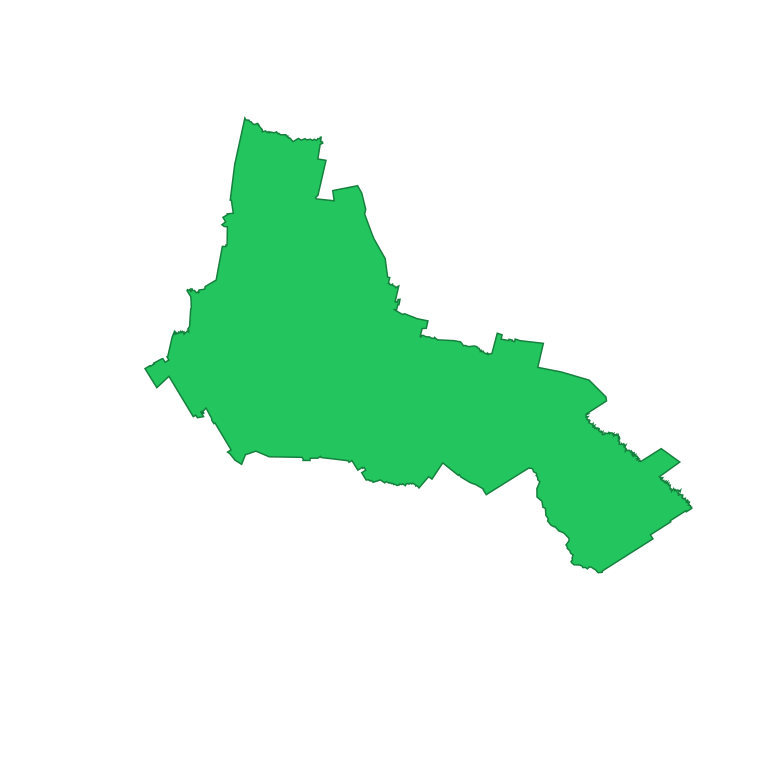 Warren, New South Wales, Australia, rotated 140°
{"feature_id": "25037944B92926148840872", "entity_name": "Warren", "entity_type": "district", "adm_level": 2, "iso_a3": "AUS", "parent_name": "Australia", "parent_adm1": "New South Wales", "projection": "albers", "projection_center": [147.59, -31.296], "detail": "fine", "context": "isolated", "style": "filled", "palette": "green", "viewbox_px": 768, "rotation_deg": 140, "n_neighbors": 0, "source": "geoboundaries", "source_scale": "gbopen_adm2", "svg_char_len": 6139}
<svg xmlns="http://www.w3.org/2000/svg" viewBox="0 0 768 768"><g transform="rotate(140 384 384)"><path d="M273.5,613.5L274.2,614.0L275.5,613.2L277.0,614.5L279.0,613.9L280.1,616.3L282.0,616.4L283.1,618.9L286.3,620.6L286.8,622.7L290.7,624.0L291.7,627.1L298.0,628.2L297.9,632.6L298.9,633.3L298.5,634.1L299.1,634.8L298.3,635.8L299.6,637.0L298.9,638.0L303.0,641.3L303.4,643.6L304.5,644.0L304.2,646.2L306.8,647.1L308.9,649.9L309.7,649.9L309.9,651.0L310.6,650.5L310.9,651.7L311.7,651.7L312.1,654.0L315.1,655.5L313.7,657.2L313.9,661.3L313.2,663.5L313.8,663.4L313.6,665.1L316.3,665.8L317.4,668.0L317.2,670.0L318.2,671.6L317.8,672.8L320.1,675.1L319.7,677.1L357.4,648.0L383.6,623.7L382.8,622.9L389.7,611.7L394.7,615.0L394.8,614.3L400.3,615.2L401.1,610.0L405.8,610.2L405.2,607.5L403.0,605.0L414.9,591.3L415.8,592.1L416.8,591.0L419.4,593.3L445.8,571.5L458.3,573.6L460.4,571.9L465.3,574.9L466.3,574.5L466.7,573.2L467.7,573.1L467.9,574.4L469.2,574.7L469.0,577.4L470.6,578.8L469.6,580.8L471.5,579.1L472.6,579.1L471.5,581.2L473.0,581.0L473.9,582.6L474.9,582.1L475.9,575.1L479.0,570.8L483.1,565.7L483.8,565.8L496.0,553.0L499.0,552.2L498.6,551.5L500.2,549.4L500.5,551.0L504.9,550.7L503.9,552.2L505.6,552.2L504.3,552.8L504.7,554.1L506.3,553.8L506.0,555.1L508.2,554.8L508.1,555.8L509.4,555.3L512.8,556.8L511.5,557.7L510.2,556.7L510.5,559.1L516.4,555.9L531.8,544.2L532.8,544.4L533.4,540.6L537.7,541.4L537.1,545.6L538.4,546.2L547.1,548.0L547.1,547.1L551.6,547.7L551.5,548.5L557.2,549.4L560.4,527.2L543.8,528.1L551.1,481.6L548.2,481.1L548.6,478.1L543.2,475.0L542.4,480.3L541.3,480.1L542.3,477.7L540.7,477.5L540.4,479.4L535.8,479.9L538.1,468.6L539.2,466.9L539.8,463.0L538.5,462.8L543.5,431.8L547.6,432.4L546.9,429.7L547.1,421.5L544.7,414.0L535.6,418.9L525.3,414.9L518.7,402.0L493.9,380.5L494.2,378.0L495.1,377.5L489.9,373.0L488.2,374.6L482.4,369.7L479.3,369.4L479.5,368.2L460.9,348.4L461.1,346.5L457.8,346.0L459.4,334.8L454.4,334.1L454.5,333.1L452.9,332.8L453.4,329.7L458.1,330.4L459.4,321.9L457.6,320.8L457.0,318.7L455.8,318.3L455.5,315.7L448.4,312.8L447.0,307.8L445.0,307.8L443.8,304.8L442.7,304.6L442.3,302.9L440.9,302.0L441.2,300.8L439.9,299.9L439.2,297.8L437.2,296.9L436.5,297.4L434.9,295.5L433.9,295.6L433.0,292.4L430.7,293.3L429.1,291.2L427.7,291.1L427.0,289.6L425.8,289.6L424.7,286.3L425.2,285.4L424.0,284.9L424.0,281.9L409.4,284.3L408.4,280.3L389.7,285.8L385.8,266.2L384.5,266.2L384.9,263.4L381.3,253.0L378.3,247.8L375.3,239.5L376.0,239.1L376.8,233.5L327.3,226.6L325.2,224.5L324.8,222.8L325.9,220.8L324.7,217.8L325.0,216.7L326.3,216.1L326.2,214.0L327.8,211.8L327.4,209.0L334.1,205.6L339.4,199.1L338.4,192.7L341.5,187.4L340.3,185.0L344.4,179.4L344.8,175.2L346.7,174.0L346.8,168.5L345.5,165.2L344.7,165.0L344.5,159.1L342.0,154.4L341.5,146.7L343.2,144.9L348.0,143.7L348.4,141.1L349.3,140.3L348.8,136.9L349.8,134.5L349.1,131.5L351.9,129.7L352.8,128.0L354.8,127.8L355.2,126.5L354.6,123.3L350.3,119.4L349.3,116.9L349.7,115.5L347.7,114.1L347.0,111.7L344.0,111.8L343.1,110.6L341.4,105.6L341.3,101.8L337.9,99.5L336.7,100.4L277.5,92.5L276.9,97.2L252.9,94.1L252.6,95.3L234.2,92.9L234.6,91.8L228.2,90.9L227.5,91.9L228.3,92.8L227.4,93.9L228.6,95.4L227.8,95.4L227.7,97.2L226.8,96.7L225.9,97.3L227.7,98.6L226.2,99.1L226.1,99.9L228.0,99.6L227.3,100.9L227.6,101.8L226.6,102.7L228.3,103.3L228.2,104.3L228.9,104.5L228.5,105.9L226.4,106.4L227.3,106.6L226.6,107.2L227.6,107.6L228.0,109.5L230.5,109.3L228.7,110.2L229.1,111.4L227.1,112.1L226.5,111.0L225.2,112.0L225.9,111.9L227.0,113.8L228.7,113.9L228.2,114.6L228.8,114.8L228.8,115.9L230.1,115.5L229.4,117.7L232.4,117.0L231.9,117.5L232.5,119.0L231.5,119.1L231.8,120.7L229.7,122.5L231.2,123.5L229.6,125.0L230.8,125.1L231.2,126.1L230.0,126.8L231.9,126.8L232.1,127.6L230.6,128.4L232.3,129.1L231.6,130.3L233.0,131.1L232.9,132.1L230.6,133.1L231.7,134.0L232.9,133.7L232.3,134.6L232.7,136.0L207.6,134.1L213.2,156.3L237.0,159.5L237.5,160.0L237.1,160.6L238.1,160.8L237.3,161.6L238.7,162.9L236.9,163.0L238.2,164.3L236.7,164.1L236.5,166.0L237.5,166.7L236.4,168.2L238.5,168.1L237.2,169.8L239.6,169.0L239.4,170.6L237.3,171.1L238.6,172.4L237.7,172.5L237.6,173.8L238.5,173.7L238.8,175.6L240.5,176.6L240.3,178.1L242.0,177.6L240.2,179.6L240.1,180.8L238.1,181.8L240.0,182.0L238.7,183.2L238.8,184.1L240.0,183.9L240.4,185.9L241.1,185.3L242.6,186.6L240.4,188.7L241.0,189.9L238.6,190.6L237.9,192.0L239.1,191.9L237.1,194.6L238.5,194.6L238.9,195.3L238.1,196.0L241.2,196.4L240.1,197.0L240.9,197.8L239.9,198.4L241.2,198.6L240.6,199.7L241.8,200.9L243.2,200.8L243.1,201.6L242.4,201.6L242.8,202.5L244.5,202.1L245.9,204.0L246.8,203.8L246.9,204.9L248.0,204.0L249.2,204.8L249.0,205.7L247.2,206.8L248.0,206.9L248.0,208.5L249.1,208.1L249.5,210.5L249.0,211.2L248.0,210.4L248.5,211.1L247.9,211.6L248.5,212.9L249.9,213.0L249.7,214.0L251.0,214.4L250.0,215.6L251.2,216.4L249.4,216.9L251.0,217.4L249.3,219.3L250.4,219.2L252.0,222.7L250.2,223.4L250.9,223.9L250.0,224.6L251.5,226.1L250.1,227.7L248.7,227.9L250.4,229.1L249.0,230.4L246.8,229.9L247.7,230.9L224.4,228.0L222.3,231.4L224.4,255.1L240.3,279.0L255.5,297.9L235.8,312.7L251.9,329.7L254.6,334.1L256.7,332.5L258.2,334.6L257.5,335.1L259.5,337.9L260.5,337.1L265.5,343.1L261.9,345.7L264.6,350.1L281.7,338.0L284.5,339.4L284.8,340.9L285.5,340.0L286.1,341.4L285.6,341.9L286.2,341.7L287.3,343.2L287.0,345.5L288.0,345.4L288.1,346.5L289.0,346.8L288.1,347.4L288.9,347.8L288.2,350.1L289.1,351.4L288.8,352.8L290.5,355.2L295.3,358.3L297.0,361.3L298.5,362.2L298.2,367.0L302.6,372.3L314.7,383.5L315.3,387.1L316.1,386.5L318.1,388.6L318.9,390.8L321.4,393.1L322.9,396.3L324.0,397.0L325.3,396.1L325.8,397.1L319.2,402.0L315.8,399.5L309.8,404.1L316.8,413.0L323.0,424.5L325.2,425.5L328.6,435.1L326.9,432.6L322.3,436.0L321.7,435.1L320.6,435.9L317.3,438.6L318.7,439.5L318.6,438.7L320.8,438.9L321.3,438.1L322.6,439.9L309.7,449.6L313.2,450.3L312.8,451.6L313.9,453.8L313.2,455.0L315.1,455.4L315.6,456.6L315.1,457.5L316.0,458.3L311.2,461.8L312.5,463.6L302.5,479.3L298.3,502.0L296.0,508.8L289.6,526.6L285.7,529.6L278.3,544.6L276.8,552.9L298.9,565.1L304.4,556.4L316.8,569.2L316.5,570.9L313.3,571.0L284.7,592.6L290.0,598.9L279.0,608.5L276.0,607.9L275.7,609.6L276.7,610.5L273.5,613.5Z" fill="#22c55e" stroke="#15803d" stroke-width="1.5"/></g></svg>